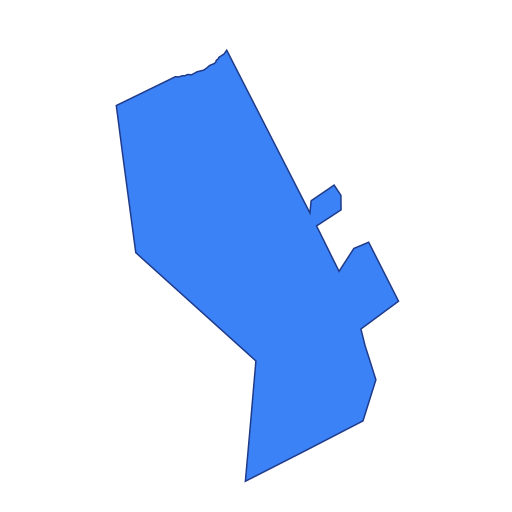 outline of Mendi/Munihu District, Southern Highlands, Papua New Guinea, rotated 244°
{"feature_id": "67681753B89276068446522", "entity_name": "Mendi/Munihu District", "entity_type": "district", "adm_level": 2, "iso_a3": "PNG", "parent_name": "Papua New Guinea", "parent_adm1": "Southern Highlands", "projection": "orthographic", "projection_center": [143.709, -6.035], "detail": "fine", "context": "isolated", "style": "filled", "palette": "blue", "viewbox_px": 512, "rotation_deg": 244, "n_neighbors": 0, "source": "geoboundaries", "source_scale": "gbopen_adm2", "svg_char_len": 671}
<svg xmlns="http://www.w3.org/2000/svg" viewBox="0 0 512 512"><g transform="rotate(244 256 256)"><path d="M452.5,262.2L452.5,196.4L404.7,180.3L311.7,149.4L272.5,165.2L191.2,198.0L161.7,209.9L102.3,174.3L58.2,147.7L59.3,211.3L60.9,279.9L92.2,309.5L114.3,312.8L127.5,314.7L144.4,318.3L152.9,364.3L219.0,363.3L219.9,347.3L205.8,323.9L256.5,323.6L260.2,352.7L273.3,358.9L285.5,357.3L281.5,329.8L271.0,323.3L453.8,319.9L451.6,315.9L450.8,309.6L449.9,308.9L449.3,306.1L447.8,304.8L447.3,302.6L447.6,297.9L446.5,293.9L446.0,290.3L447.4,283.9L447.1,277.6L449.1,274.1L449.2,271.1L450.2,269.1L450.9,264.8L452.5,262.2Z" fill="#3b82f6" stroke="#1e3a8a" stroke-width="1.5"/></g></svg>